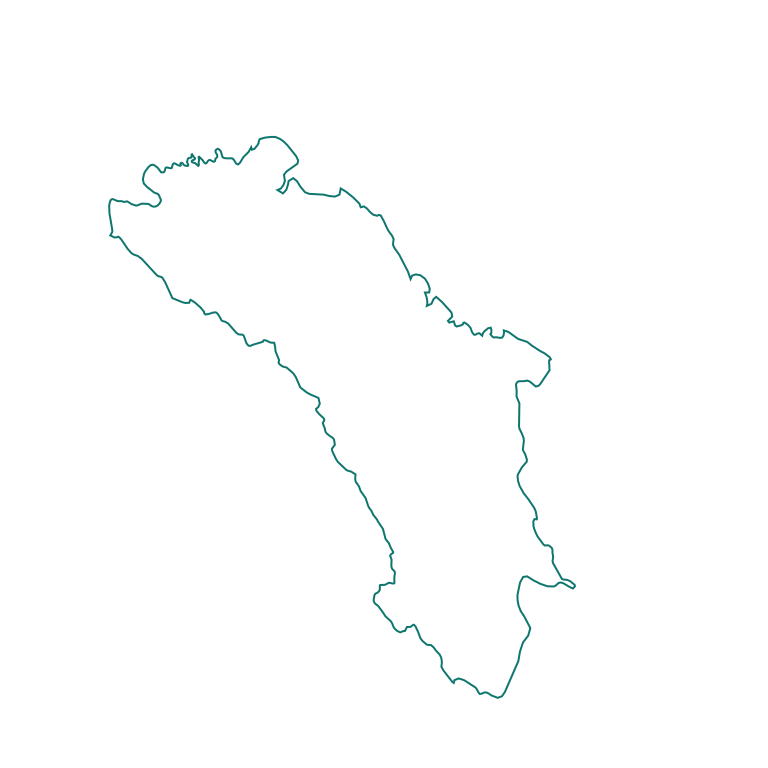 Perak, Equal Earth projection, rotated 141°
{"feature_id": "MYS-1137", "entity_name": "Perak", "entity_type": "State", "adm_level": 1, "iso_a3": "MYS", "parent_name": "Malaysia", "parent_adm1": "", "projection": "equal_earth", "projection_center": [101.191, 4.79], "detail": "fine", "context": "isolated", "style": "outline", "palette": "teal", "viewbox_px": 768, "rotation_deg": 141, "n_neighbors": 0, "source": "natural_earth", "source_scale": "10m", "svg_char_len": 6150}
<svg xmlns="http://www.w3.org/2000/svg" viewBox="0 0 768 768"><g transform="rotate(141 384 384)"><path d="M365.9,106.2L367.5,109.5L370.0,116.2L371.4,118.4L373.5,119.5L377.5,119.3L379.5,119.8L384.3,124.0L388.2,130.2L391.4,137.3L393.8,144.4L397.3,146.5L403.2,144.1L413.0,136.1L416.2,132.0L418.9,127.0L420.7,121.3L421.3,115.0L423.9,102.2L430.3,97.7L438.6,95.7L446.7,90.5L454.0,84.1L483.8,68.6L488.7,67.1L493.1,68.5L496.5,74.4L497.4,77.6L498.6,79.9L500.2,81.2L502.6,81.7L504.6,82.8L504.7,85.1L504.0,88.0L503.9,90.5L508.1,103.4L511.3,108.2L515.7,109.5L517.9,107.8L518.4,109.5L518.1,124.1L517.3,128.2L514.5,130.9L513.0,133.0L511.7,135.5L511.0,138.6L511.4,144.4L511.2,148.0L511.7,151.4L514.4,154.0L514.9,155.1L515.8,160.1L515.7,163.4L513.5,170.0L512.2,175.2L512.1,176.9L512.3,178.1L512.9,178.5L516.1,178.5L519.1,180.7L523.1,178.9L524.8,180.0L527.2,180.5L528.0,181.3L529.0,183.6L529.5,185.7L529.6,188.7L528.3,192.9L528.0,195.5L529.1,202.6L528.6,206.9L528.2,215.0L529.1,219.1L529.0,220.3L528.4,222.1L527.7,222.9L524.3,225.9L522.8,226.5L520.4,225.9L518.3,226.1L516.6,226.8L514.3,229.8L513.5,230.2L509.4,227.2L505.3,226.5L503.0,223.7L501.8,222.7L501.1,222.8L498.2,226.6L494.3,230.4L493.7,231.8L494.0,235.1L493.6,236.5L492.7,238.1L488.6,242.8L487.3,246.7L485.7,247.3L483.3,247.0L482.6,247.6L481.8,252.6L480.4,257.1L480.3,262.6L476.0,272.1L475.2,281.4L474.7,283.1L474.7,289.1L473.6,293.4L473.5,297.2L473.0,299.3L470.1,306.9L469.5,315.7L467.9,320.1L467.5,325.8L466.2,328.3L463.0,331.7L464.7,336.7L466.8,339.6L467.4,341.2L468.9,352.6L468.5,356.1L466.5,364.1L465.9,365.6L465.1,366.5L460.4,367.7L457.8,372.3L457.7,374.3L459.1,378.8L459.6,381.4L459.6,382.9L459.4,384.0L457.8,387.2L456.4,391.7L455.7,392.5L453.9,393.0L452.8,393.9L452.4,395.0L453.3,401.3L453.4,404.8L453.1,406.4L452.5,407.4L449.7,407.4L446.3,409.1L443.7,414.4L447.8,422.2L449.4,426.2L451.2,433.9L448.2,444.8L447.8,449.4L449.3,458.0L451.8,461.5L452.6,464.3L452.7,465.8L452.5,466.9L450.5,468.6L447.7,477.7L445.4,481.1L443.4,485.1L446.1,487.6L448.4,492.3L449.4,493.3L450.2,493.7L451.7,493.1L461.4,497.1L463.9,497.7L465.2,499.1L465.3,502.0L462.6,509.8L462.8,511.2L465.9,514.2L466.6,517.1L467.0,528.8L468.1,532.1L469.9,534.6L470.2,535.8L469.4,540.0L469.1,543.3L469.3,544.8L469.8,545.7L472.5,547.4L475.4,548.4L479.0,550.3L479.2,552.0L478.4,553.4L478.4,558.7L479.6,566.0L481.2,571.1L481.9,571.1L484.2,569.7L487.3,571.9L489.2,574.4L494.4,583.9L490.0,601.0L489.4,605.9L489.6,607.1L491.8,610.2L492.2,612.8L493.5,633.5L494.7,638.3L497.2,642.4L497.9,644.7L498.2,650.1L497.2,661.9L497.4,664.3L497.9,665.8L499.4,666.2L501.2,667.4L503.2,671.7L499.4,673.2L498.0,675.1L490.0,689.3L485.7,695.1L483.6,697.1L481.0,698.8L479.6,699.0L478.3,698.3L475.9,693.7L472.9,691.3L471.6,689.2L468.6,687.5L467.0,682.7L464.4,678.7L463.3,678.0L459.2,676.8L457.9,675.9L454.0,672.4L453.2,670.9L452.8,668.9L451.5,666.8L449.4,665.5L447.6,665.2L444.7,665.6L442.3,666.6L441.4,667.8L440.1,672.4L440.1,674.0L442.1,677.3L444.1,686.1L444.5,691.0L442.5,694.9L438.0,698.5L436.0,699.4L430.8,700.8L427.4,700.9L425.4,699.7L424.7,698.2L423.8,694.4L424.0,688.8L422.1,687.2L420.7,687.4L417.7,689.4L416.8,689.3L413.8,685.7L413.0,685.5L410.7,687.1L409.2,687.8L408.4,687.7L407.8,687.2L406.4,683.7L405.0,681.8L404.3,681.8L403.4,683.5L402.2,683.4L401.6,682.0L401.7,680.2L401.4,679.2L399.5,677.1L398.7,677.0L398.2,677.5L397.3,680.6L394.6,682.5L393.5,682.4L391.4,681.4L390.6,681.7L389.1,683.4L388.6,683.4L388.9,680.1L388.8,678.4L389.3,677.9L390.3,677.8L392.2,678.4L393.2,678.2L393.6,677.6L393.4,676.9L391.7,674.3L391.1,670.4L390.0,670.7L388.7,672.8L386.5,674.7L385.7,676.4L385.1,677.1L384.6,676.9L384.1,672.2L384.4,669.0L383.9,667.7L382.6,667.4L380.7,668.1L379.0,668.1L378.2,667.6L376.6,664.0L375.8,663.6L375.1,663.6L373.2,665.1L371.2,665.3L370.4,665.7L369.5,667.0L369.1,669.9L368.2,671.3L366.7,671.8L365.0,671.3L364.4,669.6L364.4,667.5L366.7,661.9L366.3,660.7L365.3,659.3L360.1,655.0L359.8,654.3L359.6,652.5L360.2,648.4L359.6,647.0L359.0,646.4L356.5,646.6L350.6,648.8L342.9,649.6L338.2,651.6L339.2,649.2L336.8,648.3L332.2,649.2L329.8,650.1L328.8,651.3L326.5,652.5L321.3,650.3L316.0,646.9L313.0,644.4L310.7,640.2L309.4,635.7L308.8,630.5L308.9,616.4L310.0,611.8L312.6,609.7L325.9,610.5L330.0,609.6L333.3,604.1L337.0,601.9L341.2,600.8L344.7,601.8L342.6,595.7L337.7,596.4L332.7,599.7L330.4,601.8L325.0,601.1L324.0,596.6L324.8,590.0L324.7,582.7L322.5,578.9L311.6,569.0L308.2,564.5L304.0,560.4L299.4,559.2L294.6,563.2L292.5,557.4L290.5,548.2L289.6,539.7L290.9,536.0L287.8,534.6L286.8,531.1L286.7,526.7L285.8,522.3L283.5,519.1L281.4,518.5L280.5,516.9L281.6,510.7L283.5,503.5L284.2,499.7L284.4,494.3L285.3,490.6L289.4,486.6L290.3,482.7L290.8,474.9L294.6,456.5L297.3,448.8L294.1,450.5L290.3,449.2L287.2,445.4L285.9,440.1L286.6,434.4L288.5,429.2L291.3,426.7L294.6,429.3L296.0,425.3L297.7,422.0L299.5,419.5L301.6,417.7L296.6,416.5L292.0,418.8L288.6,418.9L287.3,411.1L286.6,397.1L288.6,393.4L294.6,392.8L294.6,390.7L290.3,388.8L291.9,384.8L291.4,383.0L287.3,381.1L285.2,380.7L283.8,381.6L282.8,381.2L281.6,377.2L281.4,373.3L283.0,368.6L283.0,365.6L281.8,364.7L279.8,364.5L277.9,363.4L277.3,359.7L275.2,361.2L272.9,361.8L267.9,361.8L265.6,360.6L266.7,358.1L268.8,355.9L270.0,355.8L269.9,352.0L269.1,350.8L267.5,349.9L265.1,347.1L263.0,345.7L260.7,346.4L258.6,348.2L257.1,350.2L254.6,346.3L251.4,334.6L246.2,326.6L244.9,320.7L241.8,311.1L240.0,307.1L238.4,300.7L238.7,298.3L239.4,298.1L240.4,298.5L241.4,297.8L246.7,290.5L262.8,285.6L264.9,285.3L267.6,286.5L269.2,294.2L270.5,296.5L273.6,298.2L277.2,301.1L278.8,301.6L280.1,301.4L281.7,300.6L285.2,295.2L288.8,291.0L291.0,283.7L305.9,265.9L306.9,263.9L308.0,258.9L309.5,254.3L310.9,252.0L317.1,245.9L317.8,244.5L318.5,240.5L320.5,235.3L322.0,233.8L329.2,232.5L336.7,229.5L338.1,228.5L340.8,224.4L342.8,219.4L344.2,211.2L344.3,204.2L345.2,193.2L346.3,189.4L349.7,183.2L350.5,182.7L352.0,184.3L354.5,183.2L357.2,179.5L358.5,176.7L359.8,172.5L360.6,168.9L361.1,159.2L360.6,157.2L358.1,155.5L357.5,154.7L356.8,151.2L357.4,149.1L359.2,147.0L360.7,144.2L361.8,142.7L364.4,140.4L365.4,138.3L368.4,120.5L367.7,119.2L364.9,116.5L363.4,113.5L362.2,108.0L363.0,106.6L365.9,106.2Z" fill="none" stroke="#0f766e" stroke-width="2"/></g></svg>